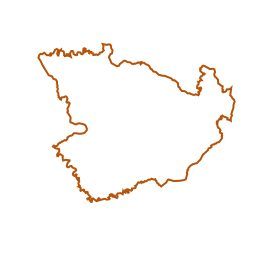 Makeoana, Berea, Lesotho, rotated 100°
{"feature_id": "5366337B60128688215612", "entity_name": "Makeoana", "entity_type": "district", "adm_level": 2, "iso_a3": "LSO", "parent_name": "Lesotho", "parent_adm1": "Berea", "projection": "albers", "projection_center": [28.111, -29.223], "detail": "fine", "context": "isolated", "style": "outline", "palette": "amber", "viewbox_px": 256, "rotation_deg": 100, "n_neighbors": 0, "source": "geoboundaries", "source_scale": "gbopen_adm2", "svg_char_len": 5733}
<svg xmlns="http://www.w3.org/2000/svg" viewBox="0 0 256 256"><g transform="rotate(100 128 128)"><path d="M159.3,198.6L160.5,196.0L160.7,192.2L163.1,191.6L166.4,193.2L168.0,192.7L167.9,192.0L166.3,191.5L165.5,190.2L166.8,187.4L169.9,186.9L171.3,186.2L170.2,183.9L170.0,179.9L170.5,179.8L172.7,181.3L175.3,181.8L176.7,181.3L177.1,180.5L176.7,179.3L175.5,178.2L175.2,177.1L176.4,176.1L177.4,172.5L178.6,171.7L180.0,172.6L181.1,174.0L183.0,174.3L184.1,173.6L184.5,172.4L182.9,171.6L182.6,171.1L182.8,170.6L184.9,170.6L186.0,170.0L185.8,167.6L186.7,167.5L187.5,168.8L188.2,168.2L188.3,167.0L189.0,166.7L190.8,167.3L192.2,166.8L193.3,165.5L194.4,166.7L194.9,164.5L195.5,164.1L197.8,164.1L198.1,163.7L196.4,161.1L196.6,160.5L197.8,160.4L198.2,159.2L199.0,158.8L199.3,158.2L198.0,157.3L198.2,156.7L199.9,156.1L201.6,154.1L202.2,153.0L202.9,152.9L204.7,155.8L205.3,155.4L205.4,155.1L204.8,153.6L207.1,151.9L207.1,150.9L205.7,150.8L204.2,151.3L203.4,150.2L205.5,146.3L205.1,145.5L204.1,145.6L202.3,144.8L202.3,144.2L202.7,143.7L203.8,144.2L204.3,144.0L201.8,138.8L202.2,136.7L201.4,134.0L200.9,133.8L199.8,135.3L198.4,134.0L196.9,134.3L196.1,133.1L196.1,131.7L196.7,131.4L197.7,132.0L198.3,131.3L198.1,130.3L196.9,129.7L196.9,129.2L198.4,128.9L198.8,126.7L197.7,126.3L196.6,126.7L195.8,127.4L194.3,126.8L193.4,123.9L194.1,121.7L190.8,121.8L191.7,121.0L192.1,119.5L189.7,119.9L189.0,118.9L191.6,117.3L191.8,116.5L191.4,116.1L189.6,117.2L188.5,117.2L189.2,113.8L188.5,113.3L186.9,113.5L186.1,110.8L185.3,110.1L184.6,110.1L183.7,110.9L182.8,109.7L179.8,108.5L179.9,106.8L178.6,105.8L179.5,104.9L178.6,104.4L178.8,103.2L177.4,102.3L177.5,101.1L175.4,98.9L175.0,97.2L173.9,96.1L174.3,93.7L173.7,92.3L174.7,91.9L175.2,90.8L175.9,90.7L177.4,89.4L177.5,88.3L178.8,87.4L179.0,86.1L179.8,85.2L175.2,81.0L172.0,79.7L171.7,79.2L172.3,73.6L171.0,68.0L169.7,64.1L168.5,62.3L168.0,62.1L163.0,61.7L161.7,62.3L160.1,61.9L159.1,62.2L158.5,61.5L157.1,61.6L154.5,60.1L152.4,57.9L150.6,54.0L146.5,51.2L141.3,49.6L136.1,45.5L134.1,45.1L133.0,43.1L132.2,42.4L131.0,43.2L129.7,41.8L129.0,40.0L128.4,39.8L127.9,38.4L127.1,38.0L125.9,35.8L122.5,33.9L121.0,33.7L120.2,34.3L119.1,33.9L118.3,34.5L117.1,34.4L116.7,36.4L115.9,36.9L114.1,36.5L112.7,37.8L111.9,39.5L108.7,41.0L107.6,40.6L107.1,41.0L107.4,41.5L106.7,41.7L106.0,41.5L105.8,40.7L102.9,39.4L103.4,38.1L102.7,37.4L102.2,37.4L101.6,38.2L100.9,38.4L101.1,37.7L100.4,37.9L99.4,37.2L100.1,35.9L100.5,33.2L101.1,31.6L102.3,31.7L102.5,29.2L103.0,28.0L100.7,28.5L97.4,27.8L96.4,28.7L89.8,27.7L87.1,28.1L83.4,27.6L81.6,28.5L81.0,29.9L79.1,31.5L78.0,33.0L70.7,33.3L71.5,33.8L72.7,36.1L72.7,37.3L74.7,37.8L75.5,38.7L76.3,40.7L75.8,41.3L74.8,41.4L74.0,41.0L73.2,41.9L70.5,42.0L69.9,44.1L69.0,45.4L68.6,46.8L64.9,47.7L62.8,50.2L62.6,51.0L60.7,52.3L59.2,52.4L57.9,51.9L55.2,53.2L54.9,54.6L55.8,57.5L54.5,60.5L54.6,61.3L53.9,62.4L53.5,64.7L54.0,65.5L55.1,65.7L56.5,67.2L57.1,67.3L57.6,66.6L58.6,67.0L59.4,66.6L60.2,65.3L61.2,63.3L61.0,62.6L61.3,61.9L62.0,62.0L62.4,63.4L63.6,63.9L64.7,65.3L66.4,65.7L68.2,63.7L68.5,65.0L70.3,66.0L70.4,66.9L71.5,66.2L73.0,66.2L73.7,66.9L74.9,67.1L76.7,66.9L76.9,66.5L76.7,65.5L75.6,63.8L75.6,63.2L76.3,62.7L76.8,62.9L76.8,64.2L77.4,64.6L78.2,63.9L78.4,63.1L79.1,63.3L80.3,65.0L80.8,64.9L81.1,64.0L82.2,63.8L83.3,64.3L83.0,64.7L83.4,65.5L83.0,67.1L83.8,68.2L84.0,69.7L83.1,73.7L83.6,75.3L82.4,77.1L81.9,78.8L82.2,81.4L80.6,83.3L79.0,84.4L79.0,85.1L78.3,85.8L75.2,86.5L73.1,90.0L72.8,91.1L73.2,91.3L73.0,92.6L71.9,93.6L71.6,94.4L70.3,100.6L70.6,104.3L70.3,104.8L70.2,107.0L68.1,110.2L67.9,113.0L66.0,114.9L66.1,115.8L63.2,118.0L62.4,119.6L62.2,121.3L61.0,123.5L61.2,125.3L63.0,126.6L62.3,127.0L60.9,126.7L61.9,129.0L61.7,129.6L62.2,130.0L63.5,132.0L63.5,133.2L64.2,133.8L64.0,135.4L63.2,136.7L63.0,137.8L63.2,140.0L62.3,142.3L62.4,143.6L66.8,147.4L68.1,147.6L69.1,149.6L67.0,155.5L61.6,159.1L58.5,158.3L57.2,156.7L54.2,156.7L52.1,158.6L50.7,158.8L49.2,159.6L48.9,161.5L49.8,163.1L49.7,167.5L51.4,166.4L54.4,166.3L55.8,165.3L58.0,166.9L58.7,168.9L60.2,169.0L60.3,169.6L61.4,170.5L61.0,172.2L61.5,172.6L62.1,174.7L60.8,175.1L61.1,175.5L60.7,176.4L59.5,177.1L59.5,177.7L61.2,179.0L61.0,179.4L59.4,179.2L58.5,179.7L58.5,180.1L59.5,181.3L59.3,182.8L60.3,183.0L60.5,183.4L59.2,184.0L57.5,183.4L57.0,184.6L57.5,185.6L60.9,185.4L62.2,184.9L63.3,185.8L63.3,186.8L61.9,188.0L62.0,190.3L63.1,190.9L64.8,190.8L65.3,192.5L64.6,194.5L62.9,194.9L61.7,195.9L62.1,197.2L63.8,197.9L65.1,197.9L67.9,196.6L67.2,198.4L67.3,199.7L65.8,199.7L65.9,200.3L66.0,201.3L67.7,201.5L68.2,202.7L67.4,203.6L66.0,203.7L63.8,204.7L63.3,207.3L63.0,207.7L62.5,207.7L63.0,208.2L65.5,209.0L68.7,209.1L68.7,209.7L67.1,210.7L63.4,210.3L62.8,211.1L62.7,212.1L63.8,213.4L67.5,214.5L67.9,215.3L67.8,216.9L68.2,217.5L68.8,217.4L69.7,216.4L70.3,216.9L70.0,218.7L70.4,220.7L68.4,223.5L70.3,225.5L70.1,226.8L70.9,227.7L71.9,228.1L74.3,228.4L77.1,225.8L81.7,222.5L89.8,215.2L90.3,211.9L92.6,209.9L92.9,207.5L94.5,206.0L97.7,205.3L98.6,204.6L100.0,204.9L101.3,203.9L104.1,204.1L105.8,202.7L108.4,202.1L108.8,201.6L109.8,201.6L110.2,200.7L111.4,199.8L111.7,198.8L109.8,198.9L109.3,198.4L108.9,196.6L107.7,195.1L107.8,194.1L109.5,192.7L113.1,193.1L113.7,192.3L113.0,191.0L113.8,189.7L118.0,190.4L118.6,190.9L119.6,191.0L121.9,190.0L123.0,190.5L127.1,186.6L128.7,186.1L129.9,186.3L132.2,185.8L133.5,180.5L133.4,179.6L132.2,178.1L131.8,176.3L132.2,171.3L133.3,169.9L135.8,168.4L137.3,168.2L140.2,169.9L141.0,171.1L142.1,174.5L142.2,178.3L142.6,180.4L145.0,181.8L146.0,184.0L147.8,186.0L149.4,185.8L150.8,186.7L151.1,187.1L150.9,188.1L152.6,190.1L152.6,190.6L153.4,191.0L154.3,192.6L154.8,192.5L155.4,193.8L157.5,194.5L158.0,195.0L158.8,196.8L158.8,197.5L158.2,197.9L158.3,198.3L159.3,198.6Z" fill="none" stroke="#b45309" stroke-width="2"/></g></svg>